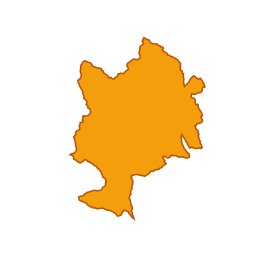 the district of Angaraes, Huancavelica, Peru, rotated 122°
{"feature_id": "86281439B42850233114855", "entity_name": "Angaraes", "entity_type": "district", "adm_level": 2, "iso_a3": "PER", "parent_name": "Peru", "parent_adm1": "Huancavelica", "projection": "natural_earth1", "projection_center": [-74.625, -13.058], "detail": "fine", "context": "isolated", "style": "filled", "palette": "amber", "viewbox_px": 256, "rotation_deg": 122, "n_neighbors": 0, "source": "geoboundaries", "source_scale": "gbopen_adm2", "svg_char_len": 5740}
<svg xmlns="http://www.w3.org/2000/svg" viewBox="0 0 256 256"><g transform="rotate(122 128 128)"><path d="M100.8,60.2L98.7,63.0L98.1,63.2L97.8,64.1L97.4,64.3L96.7,64.2L95.9,64.4L95.4,65.7L94.1,66.1L93.8,67.0L92.9,68.0L93.1,69.5L92.7,69.8L92.7,70.3L91.5,71.0L90.9,72.3L90.2,72.2L89.6,71.5L88.1,71.8L87.0,70.8L86.8,70.3L86.0,70.3L85.2,69.5L85.2,69.1L84.5,68.7L83.4,68.5L82.4,68.7L81.7,69.2L80.3,72.0L79.5,72.0L78.4,71.4L77.7,71.8L76.3,73.3L73.7,78.7L72.1,80.2L71.4,80.5L71.1,81.1L71.0,81.8L72.3,82.6L72.0,83.4L70.4,84.9L68.6,85.6L68.2,86.9L67.7,87.6L68.6,89.7L68.1,91.2L67.5,91.2L65.9,92.1L65.2,91.9L64.9,91.5L64.8,90.4L63.7,88.9L62.5,87.9L61.1,87.7L60.1,85.8L59.4,85.1L57.1,84.9L55.4,85.8L54.0,86.2L53.0,84.8L52.3,84.6L51.5,85.7L51.2,86.4L50.4,86.9L49.8,87.7L49.9,88.5L49.2,89.0L47.4,92.9L48.1,93.6L49.2,93.9L49.3,95.2L49.1,95.8L49.3,96.8L49.2,97.6L48.8,98.3L49.0,99.3L48.9,100.1L52.4,101.0L54.0,100.8L55.0,101.1L57.0,100.6L59.2,101.4L60.3,101.3L61.7,102.1L62.9,102.1L61.0,104.1L60.3,104.4L59.7,105.2L56.8,106.5L55.8,107.8L54.7,108.4L53.5,109.5L52.5,109.7L52.6,111.4L51.3,112.0L51.0,112.5L51.1,114.5L50.3,114.5L49.8,114.9L49.3,116.0L48.0,116.0L47.2,117.1L46.2,117.0L45.7,117.4L44.3,120.8L43.9,122.5L43.9,125.0L44.1,125.8L44.2,127.1L43.8,128.1L44.6,129.2L44.4,131.4L45.0,133.0L44.0,134.2L44.2,135.5L44.0,137.0L44.0,139.5L43.5,140.4L43.0,140.6L42.4,140.2L41.8,140.2L41.0,141.1L41.1,141.8L41.9,142.9L41.3,144.4L42.0,145.8L41.9,146.8L41.4,147.1L41.3,147.6L41.8,148.8L42.5,149.7L43.0,151.3L43.6,152.0L43.6,154.5L43.3,155.5L42.3,156.5L42.4,157.7L43.0,159.1L42.8,162.3L44.1,162.4L47.1,161.8L47.2,160.7L47.9,159.8L49.7,159.7L50.7,160.4L52.5,160.8L53.1,160.7L56.7,158.9L57.4,158.9L58.8,158.3L59.4,157.7L60.4,155.8L62.4,154.9L63.0,155.4L65.4,156.2L65.4,157.2L66.4,159.6L67.6,160.4L69.3,160.8L70.0,161.4L71.5,161.4L72.5,162.5L73.9,162.6L74.6,162.2L75.5,162.2L76.3,161.5L76.9,159.7L77.8,159.1L78.5,159.1L82.5,160.5L83.3,160.2L83.7,160.3L84.7,161.5L85.2,163.1L86.4,163.9L87.3,165.2L89.3,164.4L90.7,164.8L91.9,165.7L93.3,165.5L94.1,166.0L94.6,168.0L94.1,169.4L94.8,170.3L95.5,170.7L95.7,171.3L94.3,172.8L94.2,177.1L93.9,178.2L92.8,179.2L93.2,180.5L93.1,180.9L91.7,182.1L93.0,185.4L93.5,186.3L94.0,189.8L94.4,190.7L94.3,191.2L93.5,192.0L93.0,192.9L92.7,194.7L93.5,197.2L93.5,199.0L94.0,200.5L95.2,200.7L96.3,201.3L98.4,200.9L99.7,201.2L101.3,200.6L103.1,199.2L103.6,199.4L104.5,199.0L105.9,198.0L107.4,195.9L109.7,194.9L110.8,195.0L112.4,194.6L113.4,195.6L114.7,195.7L116.3,193.4L116.6,192.4L118.0,191.4L120.7,186.3L123.0,184.3L124.5,182.0L126.1,181.4L126.5,181.1L126.2,179.3L127.8,176.5L128.5,176.1L130.4,175.9L130.7,173.5L132.2,172.9L132.0,170.3L133.5,169.2L134.1,167.7L136.4,168.2L137.5,167.9L138.0,168.0L139.7,169.5L141.5,172.3L142.1,172.7L143.3,171.4L145.2,171.1L145.6,170.7L145.8,169.9L146.6,169.3L147.2,169.4L148.1,170.8L148.9,171.5L150.1,170.6L151.6,170.6L152.3,170.3L153.6,168.8L155.0,168.3L158.2,170.2L159.9,169.9L160.7,169.2L162.0,168.7L163.4,169.3L164.5,169.4L167.0,165.8L168.9,164.6L170.7,162.7L171.5,162.3L172.2,161.1L174.7,159.8L177.7,160.2L179.4,162.0L181.3,162.8L180.9,162.0L181.0,161.0L180.6,160.3L181.7,158.7L183.1,157.6L182.9,157.3L183.0,155.6L182.8,154.9L183.4,153.0L183.0,152.0L183.2,150.5L182.5,149.5L181.1,149.2L179.5,148.2L177.7,147.9L177.3,147.4L177.4,146.6L177.2,145.0L177.9,144.2L177.1,143.1L177.3,142.3L177.2,141.1L177.5,140.5L176.9,139.2L177.5,138.1L177.7,135.8L177.2,134.8L178.3,132.7L178.4,132.1L178.1,131.4L179.0,129.6L179.2,128.7L180.0,127.0L183.0,123.2L183.0,121.0L183.9,119.1L185.2,118.5L185.6,117.6L186.8,117.8L187.5,117.2L189.0,116.6L190.3,117.1L191.5,118.0L193.1,117.7L194.7,118.0L197.1,120.1L197.7,121.1L198.6,123.5L201.7,126.2L202.6,126.8L204.2,128.6L206.2,129.2L207.2,129.9L208.4,130.0L209.9,130.5L211.2,132.5L212.3,133.2L213.0,132.9L214.1,132.1L214.8,131.1L215.0,130.1L214.7,129.4L214.7,128.5L214.3,127.7L214.5,126.7L214.2,125.5L213.6,124.0L214.7,121.9L214.6,120.9L214.8,118.0L213.8,116.2L214.3,115.0L213.2,113.4L212.9,112.7L213.0,112.0L212.6,110.8L211.8,109.9L210.8,109.4L210.7,108.9L209.6,107.2L209.1,105.9L208.7,102.2L207.6,99.9L207.1,96.8L207.3,92.4L208.1,91.0L208.2,90.2L207.2,88.9L205.8,87.9L204.6,87.6L202.9,88.5L201.5,87.6L200.4,88.2L199.6,87.5L199.4,86.7L198.9,83.4L199.9,82.3L200.3,80.1L201.6,77.5L201.8,74.7L200.0,76.8L199.6,77.9L197.6,79.4L197.1,81.0L194.8,81.4L192.5,82.7L192.0,84.5L190.0,85.8L189.2,87.0L188.3,87.5L187.5,88.6L187.1,89.9L186.4,90.1L185.7,90.1L183.6,90.9L182.6,90.3L181.7,91.4L180.1,92.2L178.9,92.5L177.4,92.3L176.0,93.6L173.5,94.1L172.4,94.9L171.5,94.8L169.8,96.6L169.4,98.0L169.0,98.5L168.0,98.4L167.6,99.5L166.2,99.6L165.4,98.7L164.9,98.5L164.6,97.9L163.9,97.5L162.8,96.0L162.4,94.9L161.9,94.4L161.9,92.8L161.1,91.8L160.9,90.5L160.4,89.6L159.9,88.0L158.3,87.6L157.6,86.9L156.2,86.3L153.8,85.9L152.7,86.1L152.3,85.6L152.1,84.5L151.8,84.2L150.5,83.2L148.7,82.7L147.9,81.0L147.2,80.7L146.5,79.9L145.4,79.8L144.2,78.7L140.1,77.7L139.0,76.9L137.9,76.7L137.7,77.2L137.8,78.8L137.3,79.5L136.1,79.4L135.7,80.9L134.9,81.6L134.8,82.4L133.8,83.1L133.4,83.1L132.5,81.3L132.7,79.9L132.0,77.9L130.0,76.8L128.6,77.0L128.0,76.3L127.8,75.2L127.1,74.7L126.6,73.5L125.9,73.0L125.8,71.9L126.0,71.3L125.7,70.5L125.9,69.3L124.8,68.4L123.8,66.3L123.2,65.9L122.9,63.5L122.2,62.1L121.7,61.5L120.2,60.6L119.1,61.1L118.4,62.0L117.5,62.3L117.5,64.4L116.6,66.9L116.2,67.2L115.8,68.4L115.7,69.5L114.0,71.3L113.3,73.1L111.5,75.0L109.5,76.4L109.0,77.1L108.0,77.9L106.9,78.3L106.2,78.0L105.1,78.6L106.7,75.6L107.4,73.6L108.6,72.1L109.4,69.5L110.5,68.9L112.3,64.8L110.6,64.0L110.1,62.5L110.1,61.0L109.3,59.3L108.6,58.4L107.9,58.1L107.4,57.5L106.9,56.3L106.9,55.4L105.7,54.7L105.4,54.7L105.1,55.4L104.4,55.7L103.0,57.3L102.3,59.2L101.0,59.5L100.8,60.2Z" fill="#f59e0b" stroke="#b45309" stroke-width="1.5"/></g></svg>